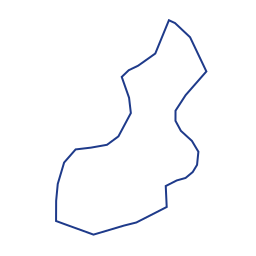 the district of Gangnam-gu, Seoul, South Korea, rotated 260°
{"feature_id": "91817680B53321453404308", "entity_name": "Gangnam-gu", "entity_type": "district", "adm_level": 2, "iso_a3": "KOR", "parent_name": "South Korea", "parent_adm1": "Seoul", "projection": "mercator", "projection_center": [127.072, 37.488], "detail": "fine", "context": "isolated", "style": "outline", "palette": "blue", "viewbox_px": 256, "rotation_deg": 260, "n_neighbors": 0, "source": "geoboundaries", "source_scale": "gbopen_adm2", "svg_char_len": 574}
<svg xmlns="http://www.w3.org/2000/svg" viewBox="0 0 256 256"><g transform="rotate(260 128 128)"><path d="M227.0,187.0L196.6,167.8L187.6,148.8L184.8,138.8L179.4,130.7L157.6,134.3L142.2,133.4L121.4,117.1L115.1,104.4L115.1,88.1L116.0,72.7L105.1,59.1L99.3,56.2L85.1,49.1L68.8,44.6L48.9,41.0L44.6,48.4L29.0,75.5L32.6,107.1L33.5,119.8L43.5,152.4L64.3,155.1L67.9,166.9L68.8,176.0L73.4,184.1L79.7,189.6L92.4,193.2L104.2,188.7L116.0,179.6L126.8,176.0L136.8,177.8L150.4,190.5L170.1,215.0L206.6,204.9L223.2,192.5L227.0,187.0Z" fill="none" stroke="#1e3a8a" stroke-width="2"/></g></svg>